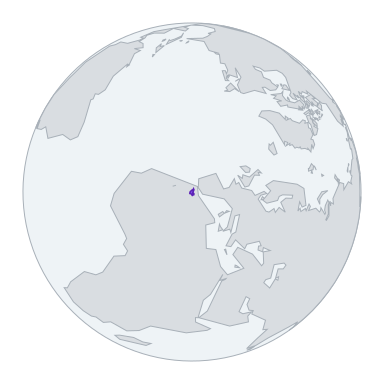 Fès - Boulemane highlighted on a globe, orthographic projection, rotated 73°
{"feature_id": "MAR-1446", "entity_name": "Fès - Boulemane", "entity_type": "Region", "adm_level": 1, "iso_a3": "MAR", "parent_name": "Morocco", "parent_adm1": "", "projection": "orthographic", "projection_center": [-4.364, 33.462], "detail": "fine", "context": "on_globe", "style": "filled", "palette": "violet", "viewbox_px": 384, "rotation_deg": 73, "n_neighbors": 0, "source": "natural_earth", "source_scale": "10m", "svg_char_len": 10272}
<svg xmlns="http://www.w3.org/2000/svg" viewBox="0 0 384 384"><g transform="rotate(73 192 192)"><circle cx="192" cy="192" r="169" fill="#eef3f6" stroke="#a8b0b8"/><path d="M52.1,97.2L52.4,96.9L61.6,84.7L67.3,78.0L80.5,65.3L94.8,55.6L90.7,58.8L94.6,56.5L100.0,52.6L102.6,50.6L123.4,40.9L142.2,32.8L145.3,30.8L146.9,31.2L150.7,28.3L157.4,26.6L158.1,26.5L151.4,28.4L152.0,28.6L158.5,26.8L160.6,26.7L164.9,25.9L166.7,26.1L162.1,27.8L163.2,28.1L167.8,26.9L172.5,26.7L165.6,28.3L173.2,28.2L166.8,32.1L146.9,38.0L145.1,41.8L129.1,52.9L132.3,52.6L128.2,57.3L130.4,58.8L126.8,60.9L131.6,60.4L134.5,58.3L137.6,57.5L139.1,58.4L134.8,61.0L133.4,60.9L133.0,62.1L130.1,63.1L132.4,63.1L127.0,66.5L134.6,64.6L132.1,68.4L128.0,70.3L125.5,68.2L109.8,68.9L104.9,71.0L100.3,75.5L97.6,87.5L93.3,90.8L89.5,96.7L93.2,95.5L97.4,90.5L103.3,90.1L107.8,84.6L110.9,83.8L116.7,79.3L118.8,82.1L117.8,87.5L113.1,91.6L112.5,94.2L119.4,92.4L113.1,102.5L113.0,113.8L111.1,116.4L102.8,117.2L96.5,111.6L85.8,114.4L95.8,115.0L90.7,122.3L91.1,124.7L93.2,126.0L96.3,124.3L95.2,127.5L84.9,127.6L85.7,124.7L89.0,124.5L86.0,122.2L79.0,123.1L77.0,127.1L68.6,125.6L67.0,128.6L64.3,130.2L67.4,125.4L61.7,134.3L51.6,136.4L43.7,152.3L48.1,136.6L47.7,131.8L46.4,127.9L45.0,130.3L45.3,122.9L42.2,122.8L36.1,132.9L32.1,144.1L32.3,150.9L34.7,147.7L36.1,151.3L30.2,161.9L32.0,172.0L29.0,181.6L28.9,189.3L30.9,191.9L32.7,198.6L35.7,195.4L39.7,196.6L38.0,205.2L41.6,200.0L42.9,206.6L52.0,215.0L50.8,216.2L58.2,233.4L68.9,245.1L71.3,252.9L69.8,255.8L74.1,259.3L74.2,261.8L93.7,274.7L105.7,285.0L106.6,293.1L99.2,298.8L98.6,314.1L86.9,312.8L88.1,317.9L86.1,321.6L78.5,316.0L84.9,322.1L84.2,322.0L80.5,319.0L68.9,307.7L58.4,295.4L47.0,275.6L43.5,268.7L36.8,256.0L28.4,228.1L28.7,222.0L27.7,216.2L31.0,210.1L31.4,197.3L30.6,193.6L29.0,195.8L27.5,181.6L28.8,170.4L33.6,133.7L36.2,127.0L39.4,120.1L57.4,90.1L42.0,114.2L45.7,107.5L52.1,97.2ZM41.0,157.0L43.3,173.3L39.7,169.2L40.8,168.8L40.7,163.5L39.8,156.5L37.3,153.5L41.0,157.0ZM47.2,152.7L46.6,150.5L47.5,152.0L47.2,152.7ZM103.4,49.9L99.9,52.6L94.2,56.4L96.9,54.0L103.4,49.9ZM114.4,43.7L113.3,44.6L109.1,46.4L111.0,45.3L114.4,43.7ZM147.0,29.6L143.7,30.8L146.2,29.8L147.0,29.6ZM165.2,25.8L165.5,25.6L167.6,25.4L165.2,25.8ZM115.1,78.1L115.8,78.7L114.4,79.2L115.1,78.1ZM116.9,75.7L114.6,75.9L115.1,74.8L116.5,74.7L116.9,75.7ZM172.3,25.5L175.7,25.4L171.5,25.8L172.3,25.5ZM119.5,75.8L116.3,72.8L117.3,71.0L123.3,69.1L119.5,75.8ZM177.1,25.5L185.2,25.6L186.6,25.0L187.4,27.1L180.2,26.1L174.8,26.5L177.6,25.9L177.1,25.5ZM134.7,57.3L131.8,59.6L132.8,57.0L134.7,57.3ZM134.7,55.9L133.5,49.8L138.7,47.1L138.0,49.5L143.6,45.8L146.7,47.5L144.3,49.9L140.4,51.2L144.5,50.9L134.7,55.9ZM186.5,28.5L187.8,28.9L185.6,28.8L186.5,28.5ZM138.9,57.0L138.2,55.9L142.6,53.4L144.8,55.3L142.7,55.5L138.9,57.0ZM143.5,44.2L147.2,42.9L150.7,43.8L152.6,43.5L147.2,47.3L143.5,44.2ZM142.5,56.5L145.8,56.4L145.1,58.3L139.9,58.0L142.5,56.5ZM142.8,52.1L145.1,51.1L144.5,52.2L142.8,52.1ZM144.6,65.9L143.7,64.3L145.9,62.8L144.6,65.9ZM147.1,56.2L147.3,55.5L148.1,54.9L150.1,55.2L147.1,56.2ZM150.0,47.8L150.7,48.6L152.4,46.3L155.1,47.1L151.0,49.6L153.9,48.9L154.8,49.2L150.5,51.0L150.0,47.8ZM154.5,53.7L150.2,57.6L151.4,60.7L149.5,62.0L147.8,56.8L154.5,53.7ZM152.5,51.9L153.3,53.3L150.5,54.0L148.2,53.6L152.5,51.9ZM158.4,46.9L155.4,44.9L156.4,44.5L158.4,46.9ZM155.4,54.4L156.4,53.5L155.8,54.5L155.4,54.4ZM158.1,49.0L156.9,48.3L158.1,47.8L158.1,49.0ZM159.5,52.4L158.1,53.5L156.5,53.2L159.5,52.4ZM159.3,50.7L161.2,50.2L156.8,52.4L158.6,50.4L159.3,50.7ZM159.4,48.6L159.7,48.1L159.8,49.0L159.4,48.6ZM166.3,53.2L161.1,56.0L157.6,55.2L163.1,52.5L166.3,53.2ZM224.2,26.1L223.2,26.0L207.1,24.8L214.2,25.1L214.5,25.5L218.2,26.1L223.1,26.5L222.5,26.3L239.9,31.1L255.4,36.0L249.7,33.4L250.2,33.4L252.7,34.3L265.7,39.9L278.2,46.7L290.0,54.4L301.2,63.1L302.5,64.2L302.6,64.3L311.5,72.6L319.8,81.4L327.3,90.9L334.2,100.8L340.4,111.2L345.8,122.1L350.4,133.3L350.4,133.1L352.6,139.7L350.7,134.6L347.0,128.8L349.2,138.3L353.8,161.7L357.4,175.9L357.7,185.5L350.8,171.9L345.3,160.2L344.4,164.5L336.1,159.2L326.1,170.5L323.3,168.1L321.7,172.0L315.7,172.3L310.9,168.0L307.9,170.9L320.2,182.0L323.3,179.0L324.0,170.1L327.0,175.0L332.7,176.0L331.2,195.2L314.2,222.2L310.3,212.1L285.8,189.6L285.3,185.7L285.1,185.3L284.7,184.7L284.7,191.4L279.8,186.6L295.3,204.2L298.8,212.8L314.0,223.0L313.1,225.4L317.4,226.6L328.1,214.3L328.7,218.0L325.0,238.7L308.1,270.8L309.0,283.2L305.7,295.0L292.4,307.7L290.8,314.9L283.5,320.3L281.2,324.5L273.7,330.7L262.4,337.5L246.1,342.2L247.2,339.2L242.4,334.3L236.6,318.2L243.1,308.1L242.5,300.8L230.5,285.4L233.3,274.6L229.5,270.8L222.0,272.9L217.4,268.1L212.6,268.5L181.4,274.0L170.6,266.9L154.5,243.9L159.2,234.9L157.8,223.8L188.3,185.2L197.3,186.9L224.2,178.4L228.0,179.2L227.6,188.5L250.1,194.8L254.0,186.0L271.6,186.5L281.5,182.3L280.1,164.7L263.8,171.2L258.3,164.4L269.1,152.3L282.9,147.0L281.1,144.3L270.1,141.4L270.9,134.3L266.0,140.0L269.8,142.0L266.8,145.8L263.2,144.2L263.6,141.6L258.8,142.0L258.0,154.8L261.7,158.2L250.5,164.3L255.6,170.8L253.4,175.2L244.0,166.0L243.1,161.8L227.5,153.1L227.4,157.9L242.1,166.7L238.6,166.7L238.6,174.0L235.8,168.4L219.7,158.3L208.0,163.2L197.2,182.5L189.6,184.7L181.3,181.7L181.2,163.7L198.3,160.9L198.5,155.2L191.6,147.6L197.4,147.7L196.6,144.5L202.8,143.3L208.0,134.5L213.7,132.7L212.5,122.9L215.3,120.9L215.2,127.1L218.2,130.8L232.0,126.9L233.7,124.2L231.8,118.4L235.9,118.3L232.2,113.2L238.6,108.7L227.8,110.1L225.3,104.0L227.3,98.2L224.5,96.6L221.2,106.2L221.7,109.9L225.1,112.6L224.6,123.7L220.6,126.6L213.8,116.4L207.3,119.5L204.9,110.8L215.3,89.2L221.3,83.9L238.1,86.9L238.6,91.1L232.8,91.9L241.2,96.3L239.1,93.4L242.5,93.6L240.9,88.4L243.2,88.3L237.7,83.6L240.4,83.0L243.8,85.9L243.7,78.3L248.3,76.0L247.2,74.4L244.7,73.3L252.2,71.5L251.1,70.4L248.2,70.5L244.0,68.5L239.4,64.5L242.3,64.1L244.3,65.5L252.8,68.0L257.7,72.2L258.4,71.7L254.9,68.0L244.5,64.8L241.0,62.6L245.9,63.5L243.8,62.9L243.0,61.7L244.8,60.2L239.4,59.1L226.1,47.9L228.3,44.5L234.2,46.1L227.9,39.4L230.9,37.0L228.2,37.0L223.4,34.3L222.4,35.0L220.7,34.9L207.9,29.6L207.1,28.4L198.5,27.0L197.1,27.1L197.2,27.9L187.4,27.1L186.6,25.0L189.8,24.7L187.1,24.0L194.7,23.7L199.8,23.5L209.8,24.4L212.9,24.5L211.5,24.2L213.6,24.4L224.2,26.1ZM180.9,205.4L180.8,208.8L180.9,205.4ZM299.7,149.9L306.5,145.8L299.5,137.8L301.5,135.7L298.4,134.0L298.9,137.3L290.7,132.1L292.2,127.2L289.4,123.5L286.9,124.7L285.5,134.7L297.3,141.9L297.4,147.1L299.7,149.9ZM52.3,215.1L53.2,217.8L51.6,216.5L52.3,215.1ZM38.1,172.0L39.1,174.0L39.2,176.3L38.2,175.3L38.1,172.0ZM49.6,187.7L51.3,190.5L49.0,189.1L49.6,187.7ZM43.9,175.6L48.1,185.8L43.7,184.0L41.2,177.8L43.6,180.0L43.9,175.6ZM44.3,156.7L44.6,158.5L43.7,159.7L44.3,156.7ZM47.8,153.8L47.5,153.4L47.8,151.6L47.8,153.8ZM91.3,122.3L92.1,122.4L93.6,124.2L91.9,124.5L91.3,122.3ZM107.0,126.5L104.9,131.7L105.1,128.0L102.2,129.1L99.1,123.2L109.9,117.5L105.6,121.0L107.0,126.5ZM98.0,114.2L98.8,118.3L97.6,114.1L98.0,114.2ZM186.6,129.5L189.8,131.2L189.0,135.0L181.8,138.5L182.8,132.8L186.6,129.5ZM194.5,132.7L189.8,122.3L194.1,120.1L192.5,123.0L195.8,122.6L194.1,127.3L202.8,135.9L202.7,140.0L189.3,143.4L193.7,139.9L190.4,138.3L194.5,132.7ZM170.2,103.3L168.2,99.8L180.1,99.4L180.6,102.8L173.4,106.1L168.6,104.2L170.2,103.3ZM130.8,73.5L129.3,73.0L130.4,72.2L132.7,72.0L130.8,73.5ZM144.0,65.3L138.7,75.5L136.7,75.2L136.0,82.1L130.4,84.2L131.1,79.6L126.3,86.6L124.6,83.4L121.9,88.3L123.9,77.9L122.2,75.6L126.2,77.3L131.4,75.3L133.1,73.7L136.7,67.8L135.6,62.3L140.6,59.8L144.4,59.6L145.4,60.5L141.9,61.7L145.8,62.1L141.4,64.7L144.0,65.3ZM185.9,63.5L181.4,63.6L188.5,66.6L184.2,68.4L185.3,68.7L183.3,71.3L182.7,75.0L180.4,75.4L181.2,76.7L179.8,78.7L180.2,80.7L176.0,82.3L176.1,84.9L174.1,84.2L175.3,88.4L172.6,86.0L170.6,88.6L174.3,89.6L151.3,95.3L143.8,100.2L139.0,105.9L134.9,101.6L136.9,93.8L142.1,85.5L149.9,81.6L146.7,80.6L149.5,78.5L150.9,80.2L150.4,76.5L153.1,75.3L157.7,69.1L155.4,65.0L157.0,62.8L159.3,63.9L159.3,61.0L164.7,61.7L166.0,60.2L172.6,59.6L176.2,62.9L177.4,61.0L182.4,60.8L185.9,63.5ZM168.2,53.1L173.5,56.1L173.7,58.6L162.1,58.7L160.2,59.9L152.8,60.4L152.6,56.8L154.8,56.9L156.8,56.3L156.0,57.6L158.2,56.0L161.2,56.2L163.6,55.1L164.7,56.3L168.2,53.1ZM230.7,175.1L233.4,174.9L237.1,173.6L237.2,178.4L230.7,175.1ZM219.7,168.3L221.8,167.3L223.8,173.0L221.0,173.4L219.7,168.3ZM221.4,162.0L221.8,166.8L219.9,164.4L221.4,162.0ZM217.0,126.0L219.1,124.7L220.0,126.0L219.6,128.3L217.0,126.0ZM206.1,74.5L203.5,73.8L203.7,73.0L199.8,69.5L202.6,68.2L206.1,69.7L206.1,74.5ZM278.3,168.7L276.4,173.0L274.5,172.1L275.5,170.8L278.3,168.7ZM256.5,176.5L262.3,176.9L256.5,177.8L256.5,176.5ZM208.6,72.5L206.6,71.2L209.3,71.3L208.6,72.5ZM204.5,67.0L207.4,66.8L202.5,67.6L204.5,67.0ZM325.3,280.8L311.8,304.1L306.5,307.6L307.7,303.1L314.1,290.3L321.0,282.9L324.9,275.5L325.3,280.8ZM357.7,176.7L359.5,182.5L359.3,185.9L357.7,176.7ZM230.4,61.7L232.7,67.8L236.2,71.9L241.2,73.4L235.2,74.1L229.7,67.8L230.4,61.7ZM226.3,49.5L222.0,48.6L223.1,47.6L224.3,47.7L226.3,49.5ZM224.2,49.9L220.2,51.5L217.3,50.1L221.0,49.1L224.2,49.9ZM214.6,61.3L215.1,63.1L212.9,62.9L214.6,61.3ZM250.7,33.6L248.4,32.8L245.6,31.9L247.2,32.3L250.7,33.6ZM189.0,28.5L187.9,28.9L187.8,28.4L189.0,28.5ZM220.3,35.3L218.0,35.0L217.9,34.2L220.3,35.3ZM211.6,33.9L213.3,35.0L210.3,34.0L211.6,33.9ZM217.3,37.5L213.4,35.5L218.9,37.2L217.3,37.5Z" fill="#d9dde1" stroke="#a8b0b8" stroke-width="1"/><path d="M190.0,189.5L190.3,189.5L190.5,189.5L190.8,189.8L191.0,189.9L191.1,190.1L191.3,190.3L191.5,190.4L191.5,190.5L191.8,190.7L192.0,190.7L192.3,190.7L192.4,190.8L192.6,191.0L192.7,191.3L192.7,191.5L192.8,191.7L192.9,191.8L193.0,191.8L193.1,191.7L193.2,191.8L193.3,191.8L193.4,191.7L193.6,191.2L193.9,190.8L194.0,190.7L194.3,190.7L194.4,190.8L194.5,190.9L195.1,191.0L195.1,191.4L194.8,191.7L194.8,191.8L195.1,192.0L195.4,192.3L195.5,192.6L195.4,192.8L194.6,193.0L194.3,193.1L194.2,193.1L193.9,193.1L193.7,193.3L193.2,193.9L193.1,194.1L193.0,194.3L192.9,194.5L192.7,194.5L192.4,194.5L192.2,194.4L191.9,193.9L191.7,193.7L191.3,193.6L191.1,193.6L191.0,193.4L190.8,193.0L190.5,192.1L190.7,191.8L190.7,191.6L190.5,191.4L190.1,191.3L190.1,191.2L190.2,190.9L190.0,190.4L189.9,190.1L189.7,190.1L189.6,189.9L189.5,189.7L189.4,189.6L189.5,189.6L189.8,189.6L190.0,189.5L190.0,189.5Z" fill="#8b5cf6" stroke="#5b21b6" stroke-width="1.5"/></g></svg>